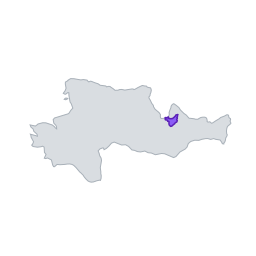 Pochon, Ryanggang, North Korea (highlighted), rotated 48°
{"feature_id": "82179303B51146356154870", "entity_name": "Pochon", "entity_type": "district", "adm_level": 2, "iso_a3": "PRK", "parent_name": "North Korea", "parent_adm1": "Ryanggang", "projection": "mercator", "projection_center": [128.323, 41.648], "detail": "fine", "context": "in_parent", "style": "filled", "palette": "violet", "viewbox_px": 256, "rotation_deg": 48, "n_neighbors": 0, "source": "geoboundaries", "source_scale": "gbopen_adm2", "svg_char_len": 4265}
<svg xmlns="http://www.w3.org/2000/svg" viewBox="0 0 256 256"><g transform="rotate(48 128 128)"><path d="M148.5,183.6L147.7,184.0L146.3,186.6L144.9,189.9L143.6,191.6L142.1,192.6L140.5,193.2L137.3,193.4L134.4,193.2L133.5,192.9L129.5,193.1L128.4,193.3L122.6,193.1L119.6,193.3L117.7,193.9L115.8,195.3L114.1,197.3L112.7,199.4L109.7,203.2L107.6,205.1L107.6,207.8L107.5,208.7L106.8,209.2L106.5,209.0L105.3,208.8L100.5,206.3L96.5,207.8L95.5,209.8L94.4,210.4L92.8,206.6L90.2,206.4L86.1,203.1L84.3,203.7L83.8,205.1L81.6,208.2L78.4,210.8L77.4,211.1L76.2,211.0L76.4,210.3L75.1,207.4L70.1,206.2L68.3,205.0L67.3,204.7L72.2,201.5L73.5,200.9L72.6,200.1L71.5,199.8L67.5,200.2L65.4,199.2L62.3,199.5L60.2,198.7L64.6,195.5L64.8,193.6L64.8,192.2L67.0,187.9L69.2,185.6L75.0,182.3L77.6,181.8L79.4,181.9L80.9,181.6L79.3,180.3L77.8,179.8L74.8,179.9L71.7,178.0L71.4,175.9L77.4,163.0L77.5,161.9L76.6,158.7L76.3,155.7L71.9,153.9L70.0,153.7L64.4,150.2L62.2,148.4L61.4,149.0L61.2,151.7L60.4,152.4L58.9,152.9L58.2,149.7L57.0,147.4L53.3,145.1L52.0,143.8L52.6,141.0L52.3,140.8L52.9,137.6L55.2,135.2L60.7,130.9L62.1,128.8L65.0,126.4L66.2,126.5L67.5,126.3L67.9,125.2L68.2,124.4L69.4,123.7L72.1,122.4L75.2,120.6L77.6,120.1L80.6,117.5L81.9,116.4L83.1,116.4L83.4,115.8L84.1,114.5L85.1,113.6L86.4,113.4L88.6,112.8L91.3,112.4L93.2,110.2L93.8,108.6L95.1,106.9L97.7,105.0L99.5,102.2L101.5,99.1L102.4,98.1L103.4,97.9L103.9,96.8L104.6,93.5L105.5,90.4L106.0,88.9L108.3,87.2L108.9,86.5L109.4,86.2L110.5,86.4L111.9,85.4L113.3,84.4L114.5,84.8L115.7,85.6L117.0,87.4L117.6,88.8L118.7,90.0L118.9,91.7L119.9,92.4L122.1,92.8L125.7,93.9L128.0,94.0L129.3,94.8L132.1,95.3L137.6,94.6L139.9,95.0L140.8,96.1L142.2,96.9L143.1,97.0L144.4,95.5L145.7,93.2L146.5,91.4L146.5,90.0L145.7,88.4L143.9,87.0L142.7,84.8L141.6,82.5L140.9,81.7L140.3,80.6L140.2,78.9L140.6,77.7L143.4,77.0L146.9,76.5L149.8,77.0L154.6,76.7L157.5,76.0L159.7,76.1L161.7,76.1L162.6,75.1L165.4,72.7L166.7,71.9L168.2,70.3L168.5,68.6L168.8,67.2L169.6,65.7L171.1,63.9L172.3,63.1L173.7,63.2L175.2,64.0L176.1,64.9L177.2,64.6L178.0,63.2L178.6,62.9L180.3,62.8L180.8,61.9L181.4,57.7L182.1,54.4L182.2,52.1L183.7,48.3L184.2,45.9L185.1,44.9L186.1,44.9L187.0,45.6L188.1,46.0L189.5,45.6L190.5,46.2L191.1,47.5L193.3,48.3L193.5,49.0L193.4,53.1L194.6,55.1L196.2,56.9L198.3,58.5L199.5,58.8L200.2,60.0L200.8,62.0L202.3,63.9L203.1,65.3L203.3,66.7L204.0,67.5L202.8,68.4L201.2,67.9L198.5,67.6L195.1,70.4L193.2,71.4L191.8,74.2L189.2,75.8L187.7,77.6L185.8,80.7L184.6,83.6L181.7,86.6L180.0,90.4L179.9,93.6L181.7,96.9L181.9,99.7L180.6,105.4L181.3,111.5L180.5,113.9L171.7,118.0L169.4,120.1L166.2,125.5L162.2,127.4L159.8,129.6L156.4,130.9L154.2,134.7L151.8,136.8L149.0,138.1L146.9,139.8L142.1,139.9L138.8,141.0L136.4,144.1L129.2,147.7L128.2,150.4L128.7,154.5L128.7,157.7L128.1,160.3L126.5,159.6L125.7,160.4L124.8,162.8L125.0,165.5L127.5,166.4L129.5,167.5L132.3,168.1L134.4,169.4L138.9,175.1L142.5,177.6L143.5,178.6L145.5,179.8L147.5,181.8L148.5,183.6ZM65.3,155.4L64.0,156.2L63.9,154.6L65.0,153.3L66.0,153.1L65.3,155.4Z" fill="#d9dde1" stroke="#a8b0b8" stroke-width="1"/><path d="M147.2,94.5L147.4,94.3L147.6,94.2L147.9,94.0L148.1,93.8L148.4,93.6L148.6,93.6L149.0,93.7L149.3,93.9L149.6,94.0L149.8,93.8L150.1,93.5L150.7,93.3L151.0,93.5L151.4,93.9L151.7,94.3L152.2,94.6L152.7,95.0L153.2,95.3L153.6,95.3L154.3,95.3L155.2,95.3L155.6,94.7L155.9,94.3L155.9,93.5L155.9,92.7L155.9,91.9L155.9,91.4L156.1,90.7L155.9,90.2L155.8,89.6L155.8,88.8L156.1,88.1L156.1,87.6L155.9,87.2L155.6,86.7L155.4,86.4L155.0,86.4L154.7,86.4L154.3,86.1L154.1,85.5L154.0,85.1L153.6,84.7L153.3,84.7L153.0,84.7L152.8,84.1L152.7,83.8L152.4,83.4L152.0,83.0L151.7,82.7L151.5,82.3L151.5,82.1L151.4,82.0L151.1,82.2L151.0,82.7L150.6,83.2L150.4,83.7L150.5,84.1L150.8,84.7L150.8,85.3L150.8,86.0L150.9,86.5L150.8,87.1L150.8,87.6L150.8,88.1L150.7,88.6L150.4,89.0L150.1,89.5L149.8,89.9L149.4,90.3L149.1,90.6L148.7,90.9L148.2,91.3L147.7,91.0L147.4,90.8L147.0,90.7L147.0,90.8L146.9,90.9L146.9,91.0L147.0,91.1L146.9,91.2L146.8,91.3L146.7,91.3L146.6,91.5L146.4,91.7L146.4,91.8L146.4,92.0L146.5,92.0L146.6,92.3L146.4,92.3L146.2,92.4L146.2,92.5L146.1,92.8L145.9,92.9L145.9,93.0L145.7,93.2L145.7,93.3L145.4,93.4L145.2,93.4L145.2,93.5L146.1,94.3L146.6,94.6L147.0,94.7L147.2,94.5Z" fill="#8b5cf6" stroke="#5b21b6" stroke-width="1.5"/></g></svg>